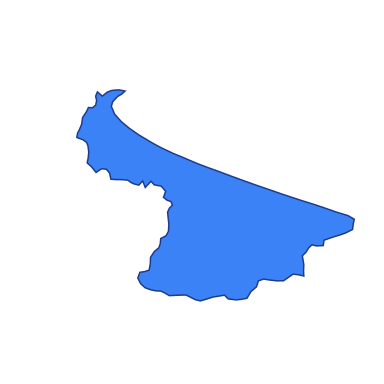 Praia Grande, São Paulo, Brazil (Robinson projection), rotated 227°
{"feature_id": "56859067B11159751681526", "entity_name": "Praia Grande", "entity_type": "district", "adm_level": 2, "iso_a3": "BRA", "parent_name": "Brazil", "parent_adm1": "São Paulo", "projection": "robinson", "projection_center": [-46.504, -24.018], "detail": "fine", "context": "isolated", "style": "filled", "palette": "blue", "viewbox_px": 384, "rotation_deg": 227, "n_neighbors": 0, "source": "geoboundaries", "source_scale": "gbopen_adm2", "svg_char_len": 1772}
<svg xmlns="http://www.w3.org/2000/svg" viewBox="0 0 384 384"><g transform="rotate(227 192 192)"><path d="M61.4,292.1L68.1,290.1L79.3,283.6L89.3,278.4L99.1,273.1L110.0,266.9L119.2,261.8L130.2,255.8L143.1,249.0L153.4,243.5L165.4,237.3L177.2,231.3L188.3,225.8L193.0,223.4L198.6,220.5L209.3,215.2L215.2,212.6L220.9,210.1L232.9,204.6L244.7,199.9L250.1,198.0L256.3,196.0L270.2,192.0L281.4,189.6L291.8,188.3L301.7,188.5L309.6,191.4L312.1,195.5L312.6,202.7L311.5,207.5L311.5,211.9L316.1,208.6L318.8,205.5L321.2,202.2L322.8,198.2L323.3,191.8L329.7,191.1L327.8,186.9L323.8,184.5L321.2,180.7L321.5,176.6L324.4,173.9L322.7,169.5L321.1,162.9L316.7,157.3L314.4,152.2L313.0,148.3L310.4,144.9L304.7,147.9L300.0,148.7L296.4,147.2L291.5,143.6L287.7,139.3L284.8,135.2L279.0,135.7L271.7,135.2L270.7,141.7L267.1,144.9L262.0,144.6L256.7,141.4L253.2,144.6L249.0,149.0L244.5,153.1L240.7,153.8L237.3,155.2L233.3,157.8L233.7,163.5L227.2,160.9L227.8,169.3L223.0,169.3L217.2,173.5L210.4,173.2L207.6,167.5L202.9,168.2L199.4,170.1L195.7,168.6L195.6,164.5L193.9,160.4L184.0,152.9L179.3,147.9L177.7,143.2L179.3,137.4L175.8,133.5L173.8,129.7L174.2,124.0L172.5,117.1L168.0,112.6L164.1,107.4L166.0,103.2L168.8,99.2L166.1,93.7L159.9,91.9L153.9,92.4L148.3,95.3L144.3,98.2L140.7,101.7L135.9,103.5L131.7,104.7L125.0,112.6L120.7,117.4L115.0,119.5L110.8,121.1L106.7,123.8L103.8,129.5L101.0,135.5L98.3,139.5L94.4,145.4L89.1,145.6L83.0,150.7L80.0,154.7L76.8,159.6L78.9,167.0L78.7,174.5L81.7,180.0L79.4,185.1L75.0,188.5L69.2,193.4L64.6,198.5L63.9,203.7L63.0,209.9L58.5,213.7L54.3,216.5L57.8,219.4L62.7,224.3L70.1,229.2L70.2,234.2L71.5,238.9L71.6,243.7L67.9,246.1L63.3,251.4L66.7,255.7L63.7,262.6L59.3,271.8L57.3,276.3L55.1,283.9L58.8,288.3L61.4,292.1Z" fill="#3b82f6" stroke="#1e3a8a" stroke-width="1.5"/></g></svg>